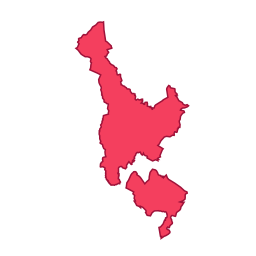 outline of Muara Enim, Sumatera Selatan, Indonesia, rotated 116°
{"feature_id": "22746128B32446581498560", "entity_name": "Muara Enim", "entity_type": "district", "adm_level": 2, "iso_a3": "IDN", "parent_name": "Indonesia", "parent_adm1": "Sumatera Selatan", "projection": "mercator", "projection_center": [104.014, -3.695], "detail": "fine", "context": "isolated", "style": "filled", "palette": "rose", "viewbox_px": 256, "rotation_deg": 116, "n_neighbors": 0, "source": "geoboundaries", "source_scale": "gbopen_adm2", "svg_char_len": 5802}
<svg xmlns="http://www.w3.org/2000/svg" viewBox="0 0 256 256"><g transform="rotate(116 128 128)"><path d="M63.3,208.6L64.5,209.3L67.3,209.6L69.0,211.4L69.6,211.5L71.0,210.4L71.8,210.5L72.2,210.9L73.0,210.8L73.7,209.0L77.2,208.8L78.3,209.0L79.2,209.7L79.9,206.9L82.1,202.7L82.4,201.0L82.7,197.7L81.7,195.7L81.4,193.8L81.5,192.5L82.1,191.5L84.5,191.0L85.2,190.3L85.3,189.5L87.5,189.0L90.5,187.9L92.4,187.8L92.1,179.6L92.2,175.8L97.3,175.6L100.3,173.7L100.5,173.9L100.3,173.7L102.9,170.1L103.8,169.5L105.6,169.2L107.4,167.3L108.1,167.1L109.1,166.1L109.8,166.2L110.6,164.8L112.3,163.9L113.1,162.0L114.9,161.0L115.1,160.5L114.9,159.2L115.4,158.0L115.1,156.6L115.2,156.1L119.5,154.9L121.0,152.8L123.1,152.3L124.1,151.7L127.6,155.5L130.1,154.7L131.1,154.8L131.6,154.1L133.4,154.3L134.0,153.8L135.9,153.6L137.3,153.9L138.6,152.6L139.1,152.5L141.2,152.9L143.3,152.1L143.3,152.5L146.2,151.2L147.4,150.0L150.2,148.6L151.9,146.6L152.6,146.4L153.0,146.7L153.7,146.5L153.9,146.2L154.0,143.9L154.5,143.2L155.2,142.9L157.1,140.8L157.3,138.9L159.6,138.2L162.0,136.7L163.5,135.3L165.2,137.3L165.7,137.6L167.2,137.3L167.6,136.8L169.2,136.0L170.6,136.9L171.5,136.8L172.3,137.0L175.0,135.9L175.1,135.6L173.7,133.4L174.1,131.0L175.6,130.7L176.3,129.1L178.1,128.5L178.3,128.1L179.0,128.1L179.6,127.5L180.8,127.3L181.1,126.7L182.3,126.5L182.4,125.8L183.7,124.8L183.7,124.0L184.2,123.7L184.1,123.2L185.0,122.5L185.0,122.0L184.8,122.0L185.7,121.1L185.5,120.8L186.1,120.0L186.0,119.5L186.4,119.2L186.4,118.2L186.7,118.1L185.6,116.1L185.4,115.1L184.7,114.7L183.9,113.9L183.9,113.5L182.4,112.7L181.8,112.1L182.0,111.5L181.7,111.0L180.6,111.4L179.9,111.1L178.9,112.6L178.0,113.3L178.0,114.3L177.2,114.8L176.0,114.9L175.9,115.2L174.9,115.2L174.6,115.6L174.3,115.4L173.1,116.0L173.5,116.9L173.0,117.4L172.4,117.0L171.8,117.2L168.2,119.0L167.7,119.0L166.8,118.7L165.6,117.5L165.4,116.8L166.1,115.5L165.7,111.7L165.6,112.3L165.3,112.4L164.1,111.9L162.0,113.0L157.9,112.4L159.2,109.6L159.3,109.0L158.9,108.6L158.1,109.2L157.2,109.0L156.4,109.3L155.3,109.0L155.7,108.1L154.4,108.0L154.9,109.4L152.1,108.8L151.9,109.4L150.7,109.7L149.5,109.3L148.3,109.4L147.9,109.6L146.2,109.3L145.7,108.6L145.9,108.3L145.7,107.9L144.3,106.5L145.6,104.8L146.0,103.8L145.7,103.4L145.8,103.0L144.0,103.0L144.6,102.4L145.3,100.6L144.9,98.5L145.3,98.0L146.3,97.9L146.7,97.4L146.5,96.3L146.7,95.6L146.8,91.4L144.4,89.2L144.3,86.8L143.3,87.5L142.9,86.8L142.5,88.1L141.7,87.7L139.7,86.2L138.8,87.2L132.6,87.6L131.3,87.3L130.6,93.6L128.7,92.9L125.0,92.8L120.1,91.4L118.6,89.7L117.5,86.4L114.9,84.8L114.4,83.3L114.0,83.3L112.7,84.2L111.0,84.4L110.6,83.8L110.8,83.0L110.5,82.3L109.9,82.1L108.3,82.7L107.8,82.5L107.2,83.1L106.4,82.6L105.6,83.0L105.2,82.9L104.8,81.7L104.4,81.7L103.2,82.4L102.4,82.5L100.0,84.6L99.2,85.0L97.4,84.9L94.5,85.9L92.4,85.7L90.4,85.1L89.3,84.1L88.3,84.9L88.2,85.6L89.0,88.7L88.2,88.8L86.3,87.9L85.1,85.9L82.9,83.9L81.5,83.3L81.1,85.1L82.5,86.6L82.4,88.9L81.4,90.3L81.1,94.3L78.6,97.9L78.3,98.9L77.7,98.3L77.7,99.3L76.6,98.5L76.0,98.7L75.3,100.8L74.6,101.8L72.9,102.6L72.2,103.2L73.1,106.8L73.1,107.7L72.0,108.5L71.9,110.0L73.9,110.4L75.2,110.5L76.3,110.2L82.9,105.6L87.4,108.8L88.0,108.8L95.2,113.3L96.3,113.6L98.5,113.3L99.2,114.6L100.4,114.2L100.6,114.5L100.2,115.0L99.2,114.9L99.6,116.1L98.6,117.0L98.8,117.3L99.5,116.9L99.9,117.2L99.4,118.0L99.9,120.2L97.5,121.2L96.5,122.1L97.4,123.8L99.3,123.9L99.5,123.6L99.7,123.8L99.6,124.7L99.1,125.1L99.8,127.1L97.4,126.6L95.7,127.6L95.9,127.9L96.3,127.7L96.3,128.4L97.1,128.5L96.9,129.1L97.8,130.0L97.9,130.6L97.7,131.2L98.0,132.2L99.2,132.7L99.3,133.4L98.9,134.3L96.3,135.0L95.7,135.6L95.9,136.1L95.7,136.4L94.6,136.5L94.8,136.9L94.4,137.7L95.3,139.5L94.1,141.8L92.5,143.0L92.5,144.3L93.3,145.8L92.5,147.2L92.5,148.4L92.0,149.4L92.3,150.6L92.0,152.3L92.1,153.2L91.5,153.3L90.9,154.0L89.6,154.9L88.6,154.3L88.0,154.3L85.3,157.1L83.2,158.2L83.2,158.8L84.7,160.2L84.8,161.1L82.3,162.9L81.9,163.8L79.6,163.8L78.9,165.0L79.2,165.9L79.1,166.8L78.6,167.4L78.2,168.8L78.3,171.1L77.9,171.7L77.7,172.9L76.9,173.5L75.6,176.2L75.0,176.8L74.8,178.4L73.8,180.1L72.7,178.9L70.2,179.0L68.7,178.5L68.2,178.8L67.9,179.8L66.7,181.1L63.5,177.6L63.2,177.5L62.5,178.5L61.6,179.0L59.8,184.5L59.7,186.2L50.4,192.6L43.4,196.5L44.1,197.1L45.0,199.5L46.2,201.1L49.6,202.1L52.7,204.1L56.4,204.5L59.1,205.7L62.0,206.1L63.2,207.4L63.3,208.6ZM159.6,47.0L159.7,49.8L158.2,54.7L157.1,61.6L156.4,68.9L155.6,70.7L153.5,73.0L156.8,74.2L156.1,74.6L156.1,74.8L157.3,75.5L157.1,75.7L156.1,75.4L156.8,77.6L156.4,77.9L156.8,79.6L156.7,80.3L155.1,82.0L153.9,83.8L153.7,85.2L154.3,87.9L157.8,88.6L158.6,88.6L162.6,87.5L164.7,86.6L165.6,86.6L168.2,87.7L170.8,88.4L167.0,95.2L166.5,96.7L166.1,99.6L165.1,99.7L164.0,101.5L164.1,102.6L165.0,103.8L165.7,103.8L167.1,104.5L169.0,104.8L174.5,104.6L177.8,105.0L181.9,103.6L182.7,103.5L182.9,94.9L185.0,94.7L185.7,92.5L188.6,91.6L190.3,89.4L191.0,90.4L192.1,88.5L193.8,86.2L193.6,83.7L194.1,81.8L192.9,82.5L192.8,79.9L194.2,75.8L195.6,74.9L196.2,75.2L198.1,72.5L197.1,69.3L193.6,69.2L191.1,68.0L190.7,67.5L188.9,64.2L189.0,63.6L188.4,62.9L188.1,60.4L187.4,59.6L187.4,58.2L186.8,57.7L186.8,57.1L187.8,55.6L188.3,55.5L188.8,54.7L190.9,53.9L191.8,54.1L192.1,54.7L192.5,54.8L194.5,54.0L194.7,54.7L195.1,54.7L198.9,54.4L202.7,55.4L203.8,56.6L211.2,51.3L211.4,51.1L210.8,50.4L212.6,49.8L209.4,48.0L208.3,46.9L205.9,45.3L203.9,44.5L203.0,44.7L202.1,45.8L201.8,46.3L201.9,48.0L201.6,49.0L201.2,49.1L200.3,49.2L199.5,48.8L199.8,47.7L199.4,47.2L197.3,47.5L194.5,46.3L193.6,46.6L192.2,48.1L191.4,48.5L190.0,50.4L189.2,50.6L187.6,50.4L187.2,49.8L186.7,46.8L186.3,46.6L183.4,47.2L182.4,47.2L179.2,45.5L177.7,45.3L175.2,45.9L174.2,45.5L170.2,45.1L171.4,47.2L171.7,48.9L169.6,46.9L167.1,45.6L165.7,46.0L163.0,47.3L161.8,47.2L160.6,46.2L159.6,47.0Z" fill="#f43f5e" stroke="#9f1239" stroke-width="1.5"/></g></svg>